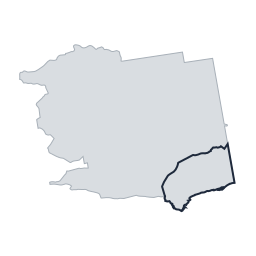 Red Sea highlighted on a map of Sudan, rotated 80°
{"feature_id": "SDN-149", "entity_name": "Red Sea", "entity_type": "State", "adm_level": 1, "iso_a3": "SDN", "parent_name": "Sudan", "parent_adm1": "", "projection": "equal_earth", "projection_center": [36.534, 19.492], "detail": "fine", "context": "in_parent", "style": "outline", "palette": "slate", "viewbox_px": 256, "rotation_deg": 80, "n_neighbors": 0, "source": "natural_earth", "source_scale": "10m", "svg_char_len": 7495}
<svg xmlns="http://www.w3.org/2000/svg" viewBox="0 0 256 256"><g transform="rotate(80 128 128)"><path d="M170.0,214.6L167.9,214.6L167.7,213.9L167.7,212.2L168.0,210.8L168.7,208.7L168.5,207.5L168.7,205.9L168.1,204.0L163.3,198.6L162.3,197.1L159.7,195.7L160.1,194.2L159.1,183.1L159.7,181.8L159.8,179.9L159.8,178.2L160.4,175.3L160.5,174.1L155.3,174.0L155.3,175.3L155.5,176.6L155.5,177.2L148.2,177.2L151.1,181.5L151.2,183.4L151.1,185.8L151.1,187.3L151.2,188.3L152.0,190.3L152.0,190.7L151.8,191.1L146.6,196.9L145.7,199.6L145.0,201.0L143.5,203.4L138.8,209.6L138.0,210.0L134.5,210.2L134.1,210.4L133.8,210.7L133.7,210.6L130.6,207.0L125.5,202.6L122.1,204.9L121.1,205.7L121.1,207.8L120.6,208.9L119.7,210.1L117.1,210.8L115.8,211.4L114.2,212.6L112.7,214.6L112.6,215.7L112.7,216.6L104.0,216.5L103.5,215.8L102.2,212.5L101.3,212.7L93.4,212.3L92.3,212.7L90.0,214.0L88.9,214.3L87.7,213.6L83.6,207.2L82.7,206.4L81.8,204.8L80.9,204.2L80.6,203.7L80.5,203.0L80.5,201.6L80.3,200.7L79.6,200.5L74.0,202.0L73.2,201.8L72.0,202.1L71.6,202.3L71.1,203.2L71.0,205.0L70.9,205.8L70.4,206.8L68.8,209.0L68.4,210.0L68.5,212.4L68.3,213.6L68.1,214.2L67.4,215.1L67.1,215.6L66.8,218.7L65.9,220.6L65.7,221.3L65.6,222.6L65.5,223.0L62.9,224.1L62.0,224.8L61.4,225.9L61.2,226.3L60.2,225.9L58.8,225.7L56.1,225.3L55.1,224.8L54.6,224.1L54.8,222.2L54.5,221.8L54.1,221.5L53.8,220.7L53.9,219.7L55.3,217.5L55.6,216.4L56.1,210.9L56.0,209.3L54.9,206.2L52.5,201.0L51.9,199.9L48.7,195.6L48.4,195.0L47.6,193.1L48.6,189.1L48.6,188.0L48.4,186.9L47.6,186.0L46.9,185.9L46.0,184.9L45.4,184.4L44.9,183.5L44.5,182.1L44.9,177.4L44.7,176.8L43.9,176.6L43.7,176.3L43.8,175.4L43.4,172.7L42.9,170.5L43.2,169.3L42.6,167.6L41.3,166.9L38.7,167.5L38.0,167.4L37.4,167.1L37.1,166.4L36.9,165.7L37.1,164.6L37.8,162.6L38.8,161.0L40.6,159.5L41.1,158.7L41.4,157.8L41.5,156.8L41.4,155.8L41.2,154.8L40.7,153.5L40.2,152.0L40.2,151.0L40.5,150.2L41.0,149.3L42.8,147.6L44.7,146.2L45.0,145.7L44.9,145.1L44.1,143.9L43.9,141.6L43.5,140.0L44.4,138.8L45.1,138.4L46.2,138.0L46.7,137.5L46.8,136.5L46.8,135.6L47.2,134.9L47.7,133.5L48.2,132.8L49.6,131.1L50.0,130.0L50.1,128.9L49.8,125.7L50.6,124.4L51.7,123.2L53.2,123.3L55.5,123.1L57.1,122.6L58.2,122.6L60.8,123.2L61.0,123.0L61.2,122.1L62.7,61.2L73.2,61.2L73.3,61.1L74.1,32.6L140.3,32.6L140.8,32.5L141.9,29.9L142.3,29.7L143.0,29.8L143.2,30.5L142.7,32.6L200.4,32.6L200.5,35.9L201.0,38.5L202.6,42.2L204.0,44.2L204.5,45.3L204.6,45.8L204.5,46.3L204.1,45.7L203.4,45.4L203.3,47.1L203.6,50.7L204.2,53.2L203.8,55.5L203.9,59.4L204.6,64.2L204.5,67.2L205.7,74.2L206.9,78.1L207.5,79.1L208.3,79.6L209.7,79.9L211.7,81.9L213.4,84.0L213.9,85.1L214.7,86.4L215.3,86.1L215.6,85.8L216.1,86.8L218.7,88.9L219.1,89.9L218.2,90.8L217.1,92.5L216.6,94.0L216.3,94.5L215.5,95.5L215.3,96.0L215.0,96.3L214.6,96.3L213.7,96.8L212.9,96.6L212.1,96.9L211.8,97.3L211.1,97.6L210.3,97.8L208.9,99.1L207.7,99.7L207.3,100.3L206.7,102.8L206.3,103.5L204.5,103.6L203.7,103.8L202.5,103.5L201.9,103.6L201.8,104.1L201.6,106.4L201.6,107.3L200.6,109.9L200.9,114.6L200.0,118.2L199.8,119.0L198.9,121.8L198.4,122.9L197.2,128.2L196.7,129.8L195.7,131.5L196.7,144.3L195.8,148.2L195.9,150.3L195.3,153.5L194.8,155.0L194.0,156.7L193.3,158.7L192.8,161.3L192.4,166.2L192.2,166.7L189.1,167.3L188.1,167.6L187.4,168.2L186.6,169.4L185.0,172.9L184.2,175.0L182.9,177.9L181.3,180.0L181.0,181.0L180.8,182.9L180.2,185.8L179.7,187.9L179.8,189.6L179.3,192.5L179.3,194.0L178.8,194.7L178.1,195.5L177.6,195.7L175.4,193.7L173.9,195.1L172.9,197.0L172.2,198.9L172.6,203.0L172.5,203.9L172.3,204.8L170.9,208.8L170.4,210.6L170.0,213.8L170.0,214.6Z" fill="#d9dde1" stroke="#a8b0b8" stroke-width="1"/><path d="M219.0,89.9L217.5,91.5L217.2,92.1L216.6,94.3L216.3,94.9L216.1,95.1L215.5,95.5L215.4,95.7L215.3,96.0L215.3,96.3L215.3,96.6L215.1,96.8L214.9,96.9L214.7,96.7L214.3,96.4L213.9,96.5L213.9,96.8L213.9,97.0L213.8,97.3L213.6,97.5L213.4,97.5L213.4,97.2L213.4,96.9L213.4,96.6L213.0,96.5L212.8,96.6L212.0,97.2L211.7,97.8L211.5,98.0L211.2,98.1L210.7,97.6L210.4,97.5L210.1,97.8L209.6,98.9L209.2,99.2L208.7,99.2L207.3,99.8L207.2,99.9L207.2,100.1L207.3,100.7L207.3,101.0L207.2,101.6L207.2,101.9L206.9,102.4L206.9,102.8L206.8,103.0L206.2,104.0L205.2,103.6L204.9,103.7L204.4,104.1L204.0,104.1L203.9,104.1L203.3,104.2L203.2,104.2L202.8,103.8L202.7,103.8L202.4,103.7L202.2,103.6L201.9,103.4L201.6,103.4L201.6,103.5L191.7,104.6L191.2,104.4L187.4,101.9L182.1,97.2L181.7,96.7L181.5,96.4L180.5,94.3L179.1,90.8L178.9,90.4L178.5,89.9L177.2,88.3L174.7,86.4L172.7,85.3L171.1,84.7L170.9,84.4L165.9,68.8L165.9,68.6L165.9,68.4L166.3,67.4L166.4,66.8L166.5,66.4L166.5,65.7L166.3,63.4L165.8,61.2L165.7,60.4L165.8,59.3L166.0,57.8L166.2,57.0L166.4,56.6L166.3,56.3L166.3,56.2L166.3,55.2L166.3,54.6L166.3,54.4L166.3,54.1L166.1,53.6L166.0,53.1L165.8,52.8L165.6,52.3L165.6,52.2L165.4,52.0L165.4,51.9L165.2,51.4L165.0,50.6L164.9,50.5L164.9,50.4L164.7,50.4L164.3,50.3L164.1,50.2L163.9,50.1L163.8,49.9L163.7,49.8L163.0,48.7L162.9,48.5L162.3,48.1L162.2,48.0L162.2,47.9L162.1,47.6L162.0,47.4L162.1,47.1L162.1,46.9L162.3,46.2L162.3,45.9L162.3,45.4L162.3,44.4L162.3,44.2L162.7,43.6L162.8,43.3L162.9,43.2L162.9,42.7L162.9,42.3L162.9,42.1L162.8,41.8L162.8,41.7L162.8,41.1L162.8,40.9L162.7,40.6L162.6,40.4L162.3,40.0L162.1,39.7L165.2,36.7L161.0,32.6L163.5,32.6L165.9,32.6L168.4,32.6L170.7,32.6L170.8,32.6L173.3,32.6L175.8,32.6L178.3,32.6L180.8,32.6L183.2,32.6L185.7,32.6L188.2,32.6L190.6,32.6L193.1,32.6L195.6,32.6L198.1,32.6L200.5,32.6L200.5,32.8L200.4,32.9L200.3,33.0L200.1,33.1L200.3,33.3L200.4,33.5L200.4,35.2L200.7,37.2L200.6,37.6L200.8,37.9L200.8,38.0L201.0,38.3L201.0,38.5L201.6,40.2L203.0,42.9L203.9,44.0L205.0,45.8L205.1,46.0L205.1,46.3L205.0,46.5L204.9,46.7L204.7,46.6L204.5,46.8L204.3,46.6L204.0,45.9L203.9,45.8L203.8,45.6L203.9,45.4L204.0,45.4L204.1,45.6L204.2,45.8L204.5,46.1L204.4,45.6L204.2,45.0L204.1,44.8L203.7,44.6L203.6,44.8L203.5,44.7L203.4,44.6L203.4,44.4L203.4,44.2L203.5,44.1L203.5,43.9L203.4,43.7L203.1,43.6L202.9,43.9L202.8,44.3L202.9,44.6L203.0,44.7L203.1,44.8L203.0,45.0L203.0,45.4L203.0,45.6L203.0,45.8L202.9,45.9L202.8,46.0L202.7,46.0L202.7,46.3L202.8,46.4L203.1,46.9L203.4,47.7L203.5,48.6L203.6,50.5L203.8,51.4L204.2,53.1L204.3,54.0L204.2,54.2L204.2,54.5L203.7,54.5L203.7,55.1L203.7,56.2L203.7,56.7L203.8,57.0L204.0,57.8L204.1,58.3L204.1,58.8L204.2,59.5L204.0,60.0L204.0,60.3L203.9,60.5L203.8,61.0L203.9,61.5L204.6,63.7L204.6,64.2L204.6,65.2L204.6,65.4L204.6,65.6L204.4,65.9L204.4,66.1L204.4,67.0L204.4,67.3L204.5,67.5L204.7,67.9L204.9,68.7L205.3,71.8L205.4,73.2L205.4,73.4L205.5,73.5L205.7,73.8L205.6,74.0L205.9,74.5L206.0,75.3L206.2,76.2L206.4,76.8L206.5,77.5L206.6,77.8L206.9,78.3L207.1,78.9L207.5,79.3L207.5,79.5L207.9,79.7L208.0,79.6L208.7,79.5L209.1,79.3L209.1,79.5L209.4,79.7L209.5,79.7L209.8,79.7L209.8,79.9L209.9,80.1L210.0,80.3L210.0,80.9L210.2,80.7L210.4,80.8L210.5,81.1L211.8,81.5L212.2,82.1L212.5,82.7L213.0,83.3L213.3,83.6L213.7,83.8L213.9,84.0L213.7,84.2L213.5,84.4L213.4,84.9L213.7,85.8L214.2,86.4L214.8,86.5L215.2,86.4L215.3,85.9L215.5,85.8L215.9,85.5L215.8,85.8L215.7,85.9L215.6,86.0L215.6,86.3L215.5,86.5L215.4,86.6L215.1,86.7L214.9,86.8L215.0,86.8L215.4,86.7L215.6,86.8L215.9,87.0L216.0,87.1L216.3,87.1L216.5,87.2L216.6,86.9L216.8,86.7L217.0,87.0L217.3,87.7L217.2,87.9L217.4,88.0L217.7,88.1L217.9,87.9L218.0,88.1L218.0,88.7L218.1,88.9L218.3,88.9L218.4,88.7L218.4,88.4L218.2,88.1L218.4,88.3L218.9,88.8L218.9,89.1L218.9,89.3L219.0,89.4L219.1,89.8L219.0,89.9ZM204.6,48.9L204.7,49.0L204.8,49.1L204.7,50.2L204.6,50.4L204.4,50.1L204.4,49.6L204.5,49.2L204.6,48.9Z" fill="none" stroke="#1e293b" stroke-width="2"/></g></svg>